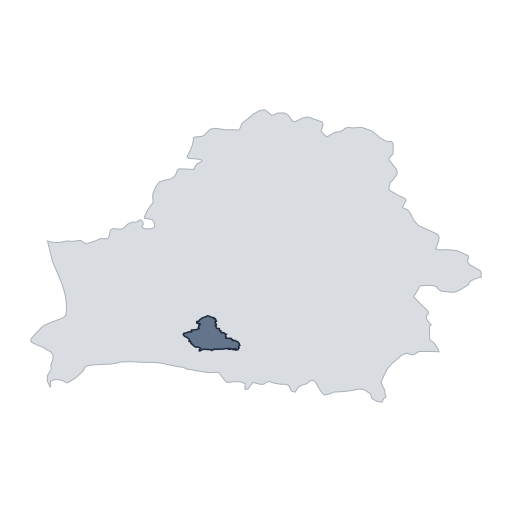 Luninets, Brest, Belarus shown in context
{"feature_id": "67162791B41216407156673", "entity_name": "Luninets", "entity_type": "district", "adm_level": 2, "iso_a3": "BLR", "parent_name": "Belarus", "parent_adm1": "Brest", "projection": "robinson", "projection_center": [26.952, 52.407], "detail": "fine", "context": "in_parent", "style": "filled", "palette": "slate", "viewbox_px": 512, "rotation_deg": 0, "n_neighbors": 0, "source": "geoboundaries", "source_scale": "gbopen_adm2", "svg_char_len": 9107}
<svg xmlns="http://www.w3.org/2000/svg" viewBox="0 0 512 512"><path d="M438.9,351.8L429.9,351.4L419.1,351.5L413.1,354.9L406.4,353.3L401.8,355.1L391.3,364.2L387.2,369.1L383.4,376.6L381.1,382.2L382.5,386.1L384.5,389.8L385.1,393.7L386.1,396.8L383.5,399.0L382.1,402.2L377.5,401.6L371.9,398.6L370.6,394.1L366.3,391.0L363.4,389.4L358.8,389.1L351.4,390.6L341.7,391.7L334.4,392.0L330.5,393.6L324.6,395.1L322.3,393.3L319.0,388.2L316.2,383.2L314.3,381.0L312.7,380.4L310.8,380.5L308.5,382.1L306.8,383.7L300.7,385.6L298.1,387.4L295.2,392.1L293.2,391.7L291.1,390.7L288.8,385.5L285.6,384.3L280.4,384.2L274.1,383.1L268.9,381.5L267.0,381.9L264.0,384.1L260.7,384.4L253.4,382.5L252.0,383.4L247.8,389.1L245.8,389.4L244.7,388.6L245.3,383.7L241.1,381.9L234.0,381.6L229.0,382.4L226.5,382.2L225.3,381.2L219.2,372.8L215.9,372.3L210.1,372.7L201.6,371.7L191.7,369.8L186.3,369.1L183.5,367.3L177.5,366.6L161.2,363.1L154.6,362.5L144.8,362.4L129.9,361.6L120.3,362.1L115.9,363.3L110.7,364.0L93.1,364.9L86.7,365.9L84.8,367.6L82.7,371.5L75.3,378.1L68.1,382.5L66.8,382.9L62.7,380.6L59.3,379.8L55.2,379.5L52.3,380.3L50.5,381.4L50.6,386.5L50.2,387.0L47.2,380.9L47.6,375.4L49.4,372.2L51.5,369.4L50.8,365.1L52.9,359.5L53.1,355.5L52.2,353.7L50.6,351.7L46.0,349.4L44.0,347.7L37.8,345.3L31.7,342.4L30.7,340.6L31.0,339.4L32.2,337.5L37.0,332.1L42.2,326.8L45.5,324.6L63.0,317.8L65.7,315.5L66.4,311.5L66.3,303.3L65.4,295.9L64.1,290.8L61.0,281.3L52.5,261.5L47.5,240.9L51.0,242.1L59.2,242.6L65.7,241.2L69.1,241.0L72.1,241.4L80.7,240.3L82.8,242.1L86.5,243.8L94.1,241.4L100.8,238.5L107.7,238.8L108.7,237.4L110.5,230.1L112.6,228.6L120.9,229.3L123.9,228.0L127.2,224.4L132.1,222.2L136.1,222.2L140.4,219.7L142.5,221.3L143.4,224.3L142.0,226.7L142.6,227.7L145.5,228.9L150.6,228.8L153.8,227.8L154.6,226.5L154.6,224.0L153.8,221.6L151.7,219.6L147.7,218.6L144.9,218.6L144.4,217.3L145.4,214.6L147.9,209.5L151.0,205.0L152.8,203.3L153.2,201.7L152.8,199.0L152.8,194.0L155.6,187.1L159.3,181.9L164.2,180.2L170.1,179.3L174.0,176.8L175.9,174.1L177.5,169.7L179.4,168.8L193.8,169.4L196.0,165.0L197.2,163.8L200.0,162.5L201.9,161.0L201.2,159.8L197.5,159.0L188.9,158.4L187.2,156.9L187.7,155.2L190.1,150.7L192.3,145.0L193.4,140.5L193.5,137.8L194.8,137.1L201.8,136.3L204.1,135.4L210.1,129.3L214.7,128.3L226.6,129.8L232.0,129.7L238.9,130.1L239.5,129.5L241.9,123.5L253.6,113.9L259.8,110.5L263.8,109.8L265.2,110.0L271.5,115.1L273.0,115.3L277.1,113.1L284.3,112.9L287.7,114.7L292.6,121.0L295.1,121.7L302.1,118.2L305.9,117.1L308.5,117.1L321.8,121.9L322.8,123.5L323.0,125.3L321.0,131.0L323.8,134.5L327.0,136.9L333.8,132.9L336.3,131.9L339.1,131.8L342.7,130.4L345.3,128.2L347.9,127.4L352.8,127.9L361.6,127.4L371.9,130.9L372.8,131.9L378.1,135.9L379.9,137.9L381.6,138.6L384.4,140.5L388.1,141.7L390.7,141.4L391.9,142.0L393.1,143.6L393.2,146.2L393.1,153.7L389.5,157.6L389.0,159.0L389.3,160.7L392.3,163.9L396.2,168.9L397.1,171.9L397.2,174.1L392.2,180.6L390.5,182.1L389.4,185.4L388.9,188.7L389.3,190.1L398.0,195.3L404.5,198.2L406.0,199.6L406.1,200.5L402.9,206.1L402.6,207.7L407.8,210.0L410.7,213.7L413.4,219.7L418.4,225.5L436.8,233.9L438.5,235.5L439.1,237.3L438.6,241.2L435.5,248.7L438.6,249.9L446.7,249.6L456.5,250.5L468.4,255.8L468.5,258.2L467.4,260.4L468.2,262.7L469.6,264.6L480.0,270.6L481.0,272.3L481.3,275.2L481.1,277.3L478.3,277.8L475.2,278.8L470.1,281.3L468.2,284.9L460.1,289.9L455.1,292.1L451.0,292.2L441.2,291.2L437.7,288.7L436.3,286.5L432.5,285.5L427.5,285.4L420.7,285.8L419.3,286.5L418.3,289.2L415.5,293.9L413.5,296.6L422.4,305.9L426.9,309.8L428.4,312.1L428.4,313.8L426.3,315.8L426.8,319.7L431.2,325.0L429.7,325.8L429.5,332.2L429.7,339.1L430.9,340.7L433.3,342.1L435.3,344.6L438.7,350.3L438.9,351.8Z" fill="#d9dde1" stroke="#a8b0b8" stroke-width="1"/><path d="M226.4,334.3L225.6,334.1L225.0,333.8L224.7,333.6L224.6,333.4L224.1,333.1L223.8,332.7L223.4,332.6L223.0,332.6L221.8,332.8L221.1,332.7L221.1,332.2L220.9,331.7L221.0,331.1L220.9,330.8L220.4,330.8L219.9,330.8L219.5,330.6L219.5,330.2L219.5,329.6L219.5,329.3L219.4,328.9L219.3,328.5L219.1,328.5L218.4,328.5L217.9,328.5L217.5,328.5L217.2,328.4L216.6,328.2L216.3,328.0L216.3,327.7L216.2,327.1L216.1,326.6L215.9,326.3L215.7,326.1L215.4,325.9L215.2,325.7L215.7,325.4L216.2,325.2L216.5,325.0L216.3,324.7L216.3,324.3L216.2,324.0L215.9,323.8L215.4,323.5L215.2,323.2L215.4,322.9L215.3,322.6L215.1,322.3L214.9,321.9L215.0,321.5L215.2,321.4L215.7,321.5L216.3,321.3L216.5,321.2L216.2,320.7L215.9,320.3L215.7,319.9L215.6,319.6L215.7,319.2L215.4,318.8L215.1,318.6L214.8,318.6L214.4,318.7L214.0,318.7L213.8,318.6L213.7,318.2L213.8,317.6L213.3,317.6L212.9,317.6L212.4,317.5L211.9,317.3L211.4,317.2L210.7,317.0L210.3,316.8L209.9,316.6L209.6,316.3L209.1,316.1L208.8,316.1L208.4,316.0L208.2,316.0L207.8,315.8L207.5,315.8L207.3,315.9L207.1,316.0L206.8,316.2L206.4,316.4L205.9,316.6L205.3,316.9L204.8,317.1L204.0,317.3L203.2,317.6L202.8,317.8L202.1,318.0L201.7,318.3L201.3,318.6L201.1,318.8L200.8,319.1L200.7,319.2L200.4,319.4L200.0,319.6L199.7,319.8L199.5,320.1L199.2,320.5L199.0,320.9L198.8,321.0L198.7,321.2L198.5,321.3L198.2,321.4L197.7,321.4L197.1,321.4L196.8,321.5L196.7,321.8L196.7,322.1L196.9,322.4L197.0,322.6L197.0,322.9L196.9,323.1L197.3,323.2L197.6,323.2L197.9,323.2L198.2,323.2L198.3,323.4L198.3,323.6L198.4,323.8L198.7,323.8L199.0,323.7L199.4,323.6L199.6,323.6L199.9,323.7L199.9,323.8L200.1,324.2L200.1,324.5L200.0,324.8L199.7,324.9L199.3,325.0L199.0,325.1L198.9,325.3L199.0,325.5L199.1,325.9L199.1,326.1L198.9,326.4L198.7,326.5L198.5,326.9L198.3,327.3L198.3,327.7L198.5,328.0L198.9,328.2L199.0,328.3L199.0,328.6L198.7,328.7L198.5,328.8L198.2,328.9L197.9,329.1L197.6,329.2L197.2,329.3L196.9,329.3L196.5,329.4L196.2,329.5L195.9,329.7L195.5,329.8L195.1,329.8L194.4,329.8L194.0,329.8L193.7,329.8L193.4,329.9L193.0,330.0L192.6,330.0L192.3,329.9L191.9,329.9L191.5,330.0L191.3,330.2L191.2,330.4L191.3,330.8L191.4,331.1L191.5,331.3L191.8,331.6L191.8,331.8L191.3,331.9L190.8,331.7L190.4,331.8L190.0,331.9L189.6,331.9L189.1,331.9L188.6,331.9L188.2,332.1L187.6,332.3L187.0,332.5L186.4,332.8L185.8,333.1L185.3,333.3L185.0,333.2L184.7,333.1L184.3,333.1L184.0,333.2L183.8,333.4L183.6,333.6L183.5,334.0L183.3,334.3L183.5,334.7L183.5,335.0L183.7,335.3L184.0,335.6L184.4,336.0L184.7,336.3L184.9,336.5L185.5,336.7L185.9,336.9L186.2,337.1L186.7,337.3L187.1,337.5L187.4,337.7L187.6,338.0L187.8,338.2L188.4,338.6L188.8,338.9L189.1,339.1L189.4,339.4L189.5,339.6L189.4,340.0L189.4,340.6L189.2,340.7L188.9,341.0L188.9,341.3L189.2,341.5L189.6,341.5L189.9,341.5L190.1,341.4L190.3,341.3L190.6,341.4L190.8,341.6L190.8,341.8L190.9,343.1L190.9,343.3L191.2,343.6L191.4,343.7L191.7,343.8L191.9,343.9L192.1,344.2L192.1,344.5L192.3,344.7L192.7,344.9L193.1,345.1L193.3,345.2L193.4,345.4L193.7,345.7L193.9,346.0L194.1,346.3L194.3,346.5L194.7,346.6L195.2,346.7L195.6,346.8L195.8,347.0L196.0,347.2L196.2,347.3L196.5,347.3L196.7,347.2L197.1,347.0L197.4,346.9L197.7,346.9L198.1,347.0L198.4,347.1L198.7,347.3L199.0,347.5L199.7,347.8L200.0,347.9L200.2,348.0L200.4,348.2L200.5,348.3L200.5,348.5L200.4,348.6L200.2,348.8L200.1,349.0L199.9,349.1L199.8,349.3L199.5,349.6L199.3,349.9L199.2,350.2L199.3,350.5L199.3,350.9L199.5,350.9L199.9,350.9L200.4,350.7L200.9,350.5L201.3,350.2L201.7,349.9L202.1,349.7L202.5,349.5L203.1,349.4L203.4,349.4L204.0,349.4L204.5,349.3L204.9,349.2L205.4,349.2L205.8,349.4L206.1,349.4L206.7,349.5L207.2,349.5L207.8,349.5L208.4,349.5L209.2,349.5L210.1,349.6L211.0,349.7L211.3,349.9L211.4,350.1L211.4,350.3L211.5,350.5L212.0,350.4L212.2,350.2L212.4,350.1L212.7,349.9L212.9,349.7L213.1,349.5L213.5,349.4L213.8,349.5L214.0,349.6L214.3,349.5L214.3,349.4L214.5,349.2L215.0,349.1L215.3,349.1L215.7,349.2L216.1,349.2L216.4,349.2L216.8,349.3L217.0,349.3L217.4,349.2L217.5,349.2L217.8,349.2L218.3,349.2L218.7,349.3L219.1,349.3L219.5,349.3L220.1,349.3L220.5,349.2L220.9,349.1L221.3,349.0L221.7,349.0L222.0,349.0L222.3,349.1L222.6,349.2L223.0,349.2L223.3,349.1L223.7,349.1L224.3,349.0L224.6,348.8L225.0,348.7L225.3,348.6L225.8,348.6L226.1,348.6L226.5,348.6L226.8,348.5L227.0,348.4L227.4,348.4L227.8,348.4L228.0,348.7L228.0,348.9L228.1,349.1L228.4,349.1L228.6,349.1L228.8,349.2L229.0,349.4L229.4,349.4L229.4,349.2L229.4,348.7L229.6,348.4L229.9,348.4L230.1,348.6L230.2,348.8L230.3,349.2L230.5,349.3L230.8,349.3L231.1,349.1L231.3,348.9L231.6,348.9L231.9,348.8L232.1,348.9L232.4,349.1L232.6,349.3L232.8,349.5L233.1,349.7L233.4,349.8L233.7,349.7L233.8,349.4L233.8,349.1L233.9,348.8L234.1,348.7L234.3,348.8L234.6,348.9L234.8,348.9L235.1,348.8L235.2,348.7L235.6,348.6L235.9,348.7L235.9,349.0L235.8,349.3L235.6,349.5L235.5,349.8L235.4,350.0L235.6,350.1L235.8,350.1L236.1,350.1L236.5,349.9L236.8,349.8L237.1,349.8L237.4,349.7L237.6,349.7L238.0,349.7L238.5,348.7L239.0,348.0L239.1,347.5L238.5,346.8L238.8,346.0L239.5,345.5L239.9,345.3L239.7,344.9L239.4,344.6L239.1,343.3L238.6,342.9L238.1,342.2L237.8,341.7L237.3,341.7L236.8,341.7L236.3,341.2L235.4,340.5L234.9,340.5L233.4,340.5L232.5,340.5L232.7,339.9L232.6,339.6L232.0,339.4L231.6,339.3L231.1,339.0L231.1,338.4L230.3,338.3L228.5,338.3L226.5,338.3L225.7,338.2L225.6,337.7L226.0,337.4L226.1,336.8L225.7,336.4L225.4,335.9L225.5,335.6L225.8,335.0L226.3,334.4L226.4,334.3Z" fill="#64748b" stroke="#1e293b" stroke-width="1.5"/></svg>